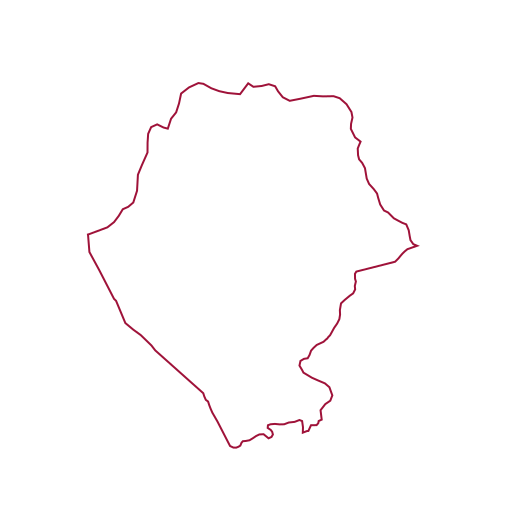 outline of Sibu, Sarawak, Malaysia, rotated 249°
{"feature_id": "92858781B78222049981806", "entity_name": "Sibu", "entity_type": "district", "adm_level": 2, "iso_a3": "MYS", "parent_name": "Malaysia", "parent_adm1": "Sarawak", "projection": "orthographic", "projection_center": [111.821, 2.297], "detail": "fine", "context": "isolated", "style": "outline", "palette": "rose", "viewbox_px": 512, "rotation_deg": 249, "n_neighbors": 0, "source": "geoboundaries", "source_scale": "gbopen_adm2", "svg_char_len": 2224}
<svg xmlns="http://www.w3.org/2000/svg" viewBox="0 0 512 512"><g transform="rotate(249 256 256)"><path d="M325.3,394.6L331.2,391.0L340.7,390.1L345.3,392.1L350.7,395.7L356.2,396.7L365.3,394.9L373.3,390.7L377.4,385.7L381.0,375.8L384.8,367.4L386.9,353.9L388.8,343.1L394.6,337.9L401.9,335.6L407.6,334.7L411.8,329.5L412.7,322.2L414.9,314.2L420.0,310.6L412.8,299.1L418.3,288.0L423.1,280.7L428.6,274.4L435.6,268.6L438.1,264.2L437.4,253.9L434.5,244.3L426.0,238.8L418.7,232.9L414.6,225.9L406.5,219.3L409.1,215.7L414.3,210.9L413.9,204.3L408.7,199.1L400.7,195.4L391.5,191.8L381.9,182.2L374.2,174.9L359.5,168.3L349.9,160.6L347.7,154.3L347.4,148.4L342.6,142.2L338.5,135.6L336.0,127.5L336.2,108.0L336.3,106.8L335.0,106.5L319.4,101.9L298.9,104.6L266.9,108.1L264.3,109.3L240.2,110.0L231.1,115.1L223.4,120.1L210.0,126.3L204.0,128.1L146.8,157.6L143.5,157.4L139.7,157.6L137.3,159.1L133.7,158.9L129.8,158.9L125.4,159.1L115.3,160.7L92.3,163.2L87.9,163.7L85.2,166.3L84.2,168.8L84.2,171.2L84.6,173.4L86.9,175.6L87.8,177.4L87.0,180.1L86.3,183.9L87.0,187.8L87.9,191.6L88.2,195.2L86.9,199.2L81.3,202.4L81.5,205.6L83.3,207.8L86.1,208.1L88.4,207.4L91.3,205.3L93.7,206.5L93.7,209.2L92.5,213.4L90.3,217.8L88.8,222.0L88.8,226.9L87.3,232.6L87.3,237.8L85.4,239.9L79.3,238.5L74.3,236.4L74.3,240.8L73.9,242.2L78.3,246.7L76.4,251.9L77.6,254.2L79.5,255.4L79.7,258.7L88.9,261.0L92.9,267.6L94.3,273.5L98.5,277.3L107.2,277.5L112.4,274.7L117.6,269.3L122.3,264.6L130.1,258.5L132.9,258.2L138.1,257.3L142.1,259.9L142.8,263.9L142.0,267.6L144.4,270.5L147.9,273.5L149.6,276.8L151.2,280.8L151.5,285.3L151.7,288.3L153.3,292.3L153.3,292.8L154.3,294.2L155.5,296.8L160.9,303.2L163.9,307.6L167.2,311.2L171.2,313.5L175.4,314.9L181.3,318.4L183.2,323.1L185.3,329.3L186.3,333.3L189.3,336.6L192.6,337.5L196.4,340.1L199.2,340.3L203.9,342.0L205.5,344.1L200.8,383.8L202.7,388.1L204.6,391.4L205.8,393.7L207.0,396.5L208.1,399.8L207.8,410.1L210.7,407.1L215.4,405.9L219.4,406.6L225.3,407.8L231.7,407.6L234.5,404.5L238.5,401.0L241.8,398.2L249.3,394.9L252.6,391.8L259.6,390.4L266.5,390.9L270.9,391.4L276.3,389.9L282.7,387.4L288.6,387.1L294.5,388.3L298.9,389.2L304.8,388.5L309.3,386.9L313.5,387.4L319.9,389.5L322.4,391.8L325.3,394.6Z" fill="none" stroke="#9f1239" stroke-width="2"/></g></svg>